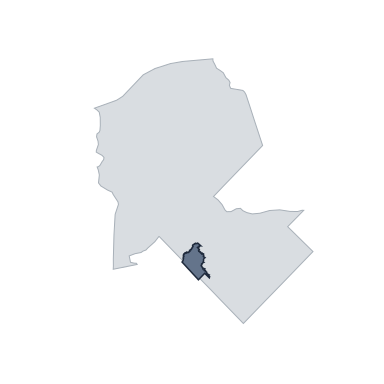 Dolores, Petén, Guatemala (highlighted), rotated 134°
{"feature_id": "79465075B81519160116587", "entity_name": "Dolores", "entity_type": "district", "adm_level": 2, "iso_a3": "GTM", "parent_name": "Guatemala", "parent_adm1": "Petén", "projection": "robinson", "projection_center": [-89.465, 16.645], "detail": "fine", "context": "in_parent", "style": "filled", "palette": "slate", "viewbox_px": 384, "rotation_deg": 134, "n_neighbors": 0, "source": "geoboundaries", "source_scale": "gbopen_adm2", "svg_char_len": 5579}
<svg xmlns="http://www.w3.org/2000/svg" viewBox="0 0 384 384"><g transform="rotate(134 192 192)"><path d="M81.7,269.5L83.2,267.9L84.4,264.2L85.9,260.3L85.0,255.9L84.5,252.3L86.2,247.1L86.0,243.2L86.8,240.7L89.3,239.2L90.6,236.2L83.6,225.9L83.6,223.6L84.5,220.7L90.3,209.7L97.3,196.6L104.9,182.2L109.5,173.5L126.1,173.5L137.1,173.5L151.1,173.5L166.2,173.5L176.2,173.4L180.3,173.4L179.6,167.7L180.2,161.5L182.0,155.8L182.0,153.3L179.0,150.3L173.3,148.5L170.1,145.8L170.1,142.4L168.7,138.2L165.9,133.4L160.1,128.4L151.4,123.3L143.9,116.5L137.8,107.9L132.6,102.4L128.6,100.1L127.6,98.9L139.4,99.0L150.5,99.1L150.6,86.8L150.7,75.9L150.8,63.6L170.9,63.6L194.9,63.6L219.8,63.7L239.4,63.7L250.9,63.7L250.4,79.0L249.8,96.7L249.3,109.7L248.8,127.0L248.1,144.8L247.3,168.9L246.8,184.6L247.0,184.9L253.6,184.2L263.3,184.9L265.7,184.8L268.6,186.2L270.9,186.6L275.9,190.1L281.6,192.8L285.3,187.4L283.4,184.2L281.9,182.5L282.2,181.1L302.3,195.0L299.9,197.1L294.8,202.1L285.5,210.6L277.2,218.2L269.2,225.1L262.0,231.3L261.2,231.9L252.0,236.3L250.5,238.4L248.5,247.1L247.6,249.3L249.3,254.2L251.0,261.7L250.4,265.6L244.1,270.5L241.2,274.8L239.9,277.6L238.8,276.9L236.8,276.7L232.3,277.8L230.1,278.0L228.3,279.3L228.1,282.0L229.3,286.4L229.8,288.6L228.5,289.7L222.9,292.3L220.7,294.9L218.6,299.0L216.2,300.7L213.6,300.3L211.8,300.9L208.0,304.0L202.1,309.8L199.0,314.2L199.0,317.5L199.5,320.4L178.4,310.0L171.4,308.3L141.6,308.5L128.9,304.4L114.4,296.6L104.6,289.4L81.7,269.5Z" fill="#d9dde1" stroke="#a8b0b8" stroke-width="1"/><path d="M250.7,126.4L245.2,126.4L241.7,126.4L241.7,119.9L241.5,120.0L241.3,120.1L241.2,120.3L241.1,120.5L240.9,120.7L240.9,120.8L240.7,120.8L240.8,121.0L240.7,121.2L240.7,121.3L240.8,121.5L240.7,121.7L240.7,121.9L240.6,122.0L240.4,122.0L240.5,122.1L240.3,122.2L240.3,122.3L240.2,122.4L239.9,122.4L240.0,122.6L240.1,122.8L240.0,123.5L240.3,123.9L240.3,124.1L240.2,124.2L240.2,124.3L240.4,124.3L240.3,124.6L240.3,124.8L240.0,124.9L239.9,125.0L240.0,125.5L239.7,125.7L239.8,125.8L239.7,126.2L239.6,126.3L239.5,126.5L239.5,126.8L239.6,127.0L239.4,127.2L239.3,127.4L239.4,127.5L239.5,127.5L239.5,127.4L239.5,127.6L239.6,127.8L239.4,127.7L239.3,127.8L239.2,127.9L239.1,128.1L239.2,128.4L239.4,128.6L239.4,128.8L239.5,128.7L239.6,128.8L239.4,129.0L239.3,129.4L239.3,129.5L239.2,129.4L239.1,129.5L238.9,129.5L238.9,129.8L238.7,129.8L238.8,129.9L238.7,129.9L238.7,130.0L238.9,130.1L238.8,130.4L238.9,130.7L238.9,130.8L239.0,130.9L239.1,131.0L239.3,131.0L239.2,131.1L239.3,131.2L239.2,131.3L239.3,131.4L239.3,131.6L239.3,131.8L239.2,132.0L239.0,132.6L238.9,132.8L238.7,133.1L238.7,133.3L238.8,133.3L238.8,133.5L238.8,133.9L238.7,134.0L238.6,134.3L238.4,134.4L237.9,134.5L237.6,134.4L237.4,134.5L237.5,134.7L237.4,134.8L237.2,135.1L236.9,135.2L236.7,135.1L236.4,134.8L236.2,134.8L235.9,134.9L235.7,135.0L235.2,135.1L234.9,135.0L234.8,134.9L234.6,135.0L234.5,134.9L234.5,135.3L234.4,135.5L234.2,135.6L233.9,135.6L233.7,135.7L233.6,135.8L233.3,136.0L233.2,136.2L233.0,136.5L232.6,136.8L232.1,137.0L231.4,137.2L230.4,137.2L230.2,137.1L230.2,137.5L230.3,137.9L230.4,138.0L230.5,138.8L229.9,139.2L230.1,139.3L229.2,140.0L229.0,140.3L228.6,140.7L228.8,140.8L229.0,141.4L228.9,141.7L228.9,141.8L229.0,141.7L229.1,141.8L229.2,141.7L229.2,141.8L229.3,141.8L229.3,142.0L229.8,142.0L229.5,143.7L229.8,143.7L229.8,144.2L229.5,144.2L229.3,144.3L229.3,144.6L229.3,144.9L229.6,145.1L230.0,145.9L229.8,146.2L229.6,146.2L229.6,146.5L229.4,146.8L229.2,146.7L228.9,146.7L228.5,146.6L228.3,146.7L228.2,147.3L228.1,149.6L227.9,149.6L227.8,149.4L227.8,149.2L227.6,148.8L227.4,148.6L227.1,148.6L226.8,148.8L226.7,149.0L226.4,149.2L226.3,149.3L226.2,149.3L226.2,149.2L225.9,149.3L225.8,149.2L226.0,149.1L225.9,149.0L226.0,148.9L225.9,148.7L225.7,148.7L225.6,148.8L225.5,149.0L225.4,149.2L225.1,149.2L224.9,149.2L224.7,149.1L224.7,148.9L224.8,148.8L224.6,148.5L224.7,151.6L224.8,151.6L224.9,151.9L224.9,152.0L224.9,152.4L224.9,152.5L225.1,152.6L225.5,152.6L225.9,152.8L226.0,153.0L226.2,153.4L226.3,153.5L226.4,153.8L226.6,153.8L226.7,154.0L227.1,154.0L227.3,154.1L227.5,153.9L227.7,154.0L227.8,154.0L228.2,154.2L228.4,154.3L228.5,154.4L228.6,154.5L228.8,154.5L229.0,154.5L229.6,154.6L229.8,154.6L230.0,154.5L230.0,154.4L230.2,154.1L230.3,153.8L230.3,153.6L230.5,153.6L230.8,153.6L231.0,153.5L231.3,153.2L231.5,153.1L231.7,153.3L231.8,153.3L231.9,153.2L232.1,153.2L232.5,153.1L232.8,153.0L232.9,152.8L233.0,152.8L233.4,152.7L233.4,152.9L233.5,152.9L233.7,152.7L234.0,152.6L234.3,152.6L234.5,152.6L234.6,152.9L234.8,152.8L235.0,152.9L235.1,153.0L235.3,153.0L235.6,153.2L235.8,153.0L235.8,152.9L236.0,152.7L236.3,152.7L236.3,152.4L236.6,152.5L236.9,152.5L237.0,152.7L237.4,152.5L237.6,152.6L237.8,152.5L238.0,152.7L238.3,152.7L238.4,152.8L238.3,153.0L238.4,153.3L238.5,153.5L238.8,153.5L239.0,153.6L239.0,153.8L239.3,153.6L239.5,153.6L239.8,153.6L239.9,154.0L240.1,154.0L240.4,154.1L240.5,154.2L240.4,154.5L240.6,154.5L240.8,154.6L241.0,154.8L241.3,154.6L241.4,154.4L241.5,154.4L241.8,154.4L242.1,154.6L242.3,154.8L242.4,154.7L242.5,154.6L242.9,154.6L243.1,154.5L243.1,154.4L243.3,154.4L243.5,154.2L243.8,154.0L243.9,153.9L243.7,153.7L243.8,153.6L243.8,153.3L243.9,153.2L244.1,153.0L244.3,152.9L244.6,152.9L244.7,153.0L244.8,153.0L245.2,152.8L245.2,152.6L245.4,152.4L245.5,152.5L245.8,152.3L246.0,152.2L246.2,151.9L246.1,151.7L246.3,151.6L247.1,151.0L247.3,151.0L247.8,150.7L248.2,150.6L248.5,150.6L249.3,150.5L249.4,148.6L249.6,145.1L249.9,140.4L249.9,139.6L250.3,133.5L250.3,133.1L250.5,129.6L250.5,129.0L250.5,128.7L250.6,127.9L250.7,126.4Z" fill="#64748b" stroke="#1e293b" stroke-width="1.5"/></g></svg>